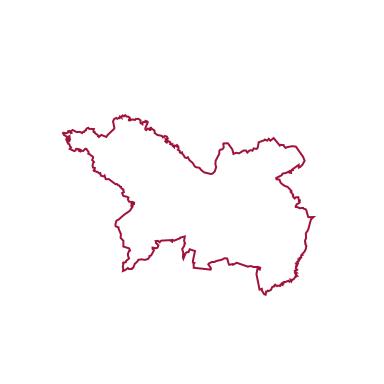 outline of Ixcatepec, Veracruz, Mexico, rotated 314°
{"feature_id": "50627088B76588814495844", "entity_name": "Ixcatepec", "entity_type": "district", "adm_level": 2, "iso_a3": "MEX", "parent_name": "Mexico", "parent_adm1": "Veracruz", "projection": "natural_earth1", "projection_center": [-98.025, 21.249], "detail": "fine", "context": "isolated", "style": "outline", "palette": "rose", "viewbox_px": 384, "rotation_deg": 314, "n_neighbors": 0, "source": "geoboundaries", "source_scale": "gbopen_adm2", "svg_char_len": 6047}
<svg xmlns="http://www.w3.org/2000/svg" viewBox="0 0 384 384"><g transform="rotate(314 192 192)"><path d="M257.7,282.9L255.1,280.7L254.3,278.1L253.3,277.1L253.5,276.6L255.7,275.9L259.1,276.8L260.7,275.5L259.9,275.1L262.1,272.1L260.3,270.4L258.7,270.4L258.7,268.3L259.4,267.8L259.3,267.1L260.4,266.4L260.6,262.9L261.8,262.9L262.1,257.3L260.8,254.5L260.3,251.5L260.3,249.1L261.7,246.3L260.1,244.4L260.0,243.6L260.6,243.6L260.8,242.9L266.4,244.9L267.7,244.4L268.8,244.7L270.6,246.2L274.1,247.5L273.5,248.4L274.5,250.0L275.9,248.2L277.6,249.3L277.8,248.5L285.6,249.9L283.8,251.9L285.1,252.4L288.4,252.5L292.7,251.3L294.5,247.4L296.8,235.2L294.6,232.3L290.4,229.3L288.7,228.7L288.8,226.8L289.4,225.4L287.3,222.8L286.4,222.9L287.5,213.3L283.3,212.7L283.6,210.3L281.2,210.4L280.3,208.0L279.6,208.1L274.1,205.4L270.0,208.2L268.5,208.7L267.7,208.4L266.2,206.1L263.7,206.8L263.0,205.3L261.8,204.6L258.8,204.4L259.4,202.1L257.7,200.3L252.5,199.0L250.8,196.4L248.2,195.4L250.6,191.5L252.0,184.0L248.9,181.0L248.2,181.2L246.3,183.7L245.2,184.1L243.7,184.1L241.9,182.9L240.6,183.1L238.4,185.1L230.9,187.3L228.3,189.4L226.7,192.1L222.5,194.1L219.6,194.0L218.0,193.0L214.5,187.0L214.2,183.1L214.6,180.6L212.9,178.1L212.3,176.4L213.4,172.3L213.1,168.1L214.1,164.8L212.4,164.2L211.9,162.7L212.8,160.0L212.6,158.7L213.6,157.3L212.2,156.6L212.0,155.7L213.1,154.5L212.6,152.6L213.4,152.6L215.1,150.8L215.4,148.6L214.6,148.5L214.2,149.5L213.4,147.2L212.8,147.0L211.8,147.9L211.8,145.9L212.9,144.6L211.6,143.8L211.3,143.0L212.5,142.3L212.6,141.0L212.0,139.3L211.4,138.9L211.1,139.7L210.0,139.6L209.8,138.8L209.9,137.6L211.0,137.5L211.8,136.2L212.3,137.5L213.6,137.5L214.4,135.5L213.4,133.5L211.1,133.1L211.4,131.3L209.0,127.5L208.5,124.2L209.9,122.7L210.1,121.5L209.5,119.4L209.8,117.9L209.3,117.5L207.7,118.9L207.2,118.4L207.4,117.0L206.8,116.1L204.7,116.1L204.5,115.2L205.4,114.1L211.5,111.7L211.7,110.9L210.8,109.2L209.9,110.0L208.4,108.2L207.6,108.3L206.3,109.3L205.9,106.8L207.8,105.3L207.4,102.6L205.5,100.8L204.1,100.9L203.1,99.0L199.9,97.3L199.7,96.8L200.2,96.3L201.9,96.3L202.2,95.4L201.8,93.6L200.8,92.6L200.9,90.6L199.1,90.4L198.9,89.0L197.1,88.8L196.4,89.7L196.2,87.8L194.7,88.5L194.4,87.8L192.7,87.4L192.6,86.0L190.4,85.3L188.0,86.1L184.2,91.6L183.4,92.1L174.6,91.7L172.1,92.1L170.0,87.0L166.9,86.8L166.8,85.7L167.5,84.8L167.0,81.5L167.5,80.4L166.8,79.7L167.5,78.6L169.1,77.7L165.9,74.0L166.1,72.8L165.1,72.3L163.4,72.3L162.6,72.9L161.4,72.2L160.4,72.7L158.9,71.7L158.1,72.0L157.3,69.5L154.9,67.3L153.7,63.1L151.6,62.5L150.9,64.3L150.2,63.9L150.6,63.4L150.6,61.2L149.5,60.7L148.9,61.6L146.8,60.7L145.4,58.4L144.7,58.3L144.1,60.1L145.0,64.3L147.1,65.0L146.0,66.4L144.9,66.8L145.2,68.5L144.4,67.5L143.2,68.5L142.8,68.2L144.0,65.9L143.2,64.7L142.5,65.0L140.7,69.2L141.1,70.6L140.1,72.6L140.0,74.0L138.1,74.1L139.6,78.8L140.8,79.4L142.5,78.7L143.2,79.3L143.2,80.2L144.0,80.6L143.1,82.3L143.6,83.4L144.8,82.5L145.1,84.4L146.0,85.2L149.0,85.2L149.6,86.0L148.9,89.9L147.5,90.8L148.2,92.6L148.0,93.4L148.6,96.0L148.1,97.0L145.6,98.0L145.5,100.7L144.1,100.8L142.1,101.9L140.8,103.8L141.8,105.4L140.9,106.1L139.2,106.3L139.1,107.2L139.9,108.0L140.2,109.5L140.8,109.9L140.9,112.4L141.9,112.8L140.5,115.2L141.9,117.7L143.1,117.7L141.3,121.0L143.5,123.3L144.5,131.6L145.6,132.5L145.5,134.2L146.1,135.1L145.8,136.7L146.4,137.4L145.6,138.5L146.1,141.0L145.4,141.5L144.6,143.1L142.7,142.5L141.6,144.8L141.6,145.8L143.3,148.3L143.9,150.2L142.1,151.0L141.3,153.3L142.8,155.4L142.3,156.9L143.7,156.5L144.1,157.8L143.1,158.6L141.3,157.1L141.0,158.4L140.2,157.8L139.8,158.0L139.9,159.5L135.1,160.3L128.1,158.9L121.4,158.4L118.9,157.6L115.6,159.3L114.3,160.9L115.5,163.8L114.6,164.6L112.4,170.0L109.4,172.5L109.2,176.6L105.1,180.5L107.8,186.0L106.8,188.1L105.9,187.7L103.1,188.8L101.7,190.2L100.5,192.9L96.5,192.5L95.7,193.1L94.6,192.7L93.7,191.6L93.0,191.7L92.4,192.8L90.5,193.8L88.7,196.2L87.2,197.2L89.5,198.2L92.8,198.7L92.8,200.2L94.8,202.2L95.5,201.9L96.7,202.4L100.6,200.7L103.7,201.0L106.0,200.5L108.6,202.6L110.6,205.4L113.4,206.9L115.9,206.5L116.3,205.9L118.1,206.7L123.6,205.1L124.1,203.9L123.7,203.2L124.6,202.3L126.5,205.2L127.9,205.8L128.7,205.6L130.4,204.8L130.3,201.4L131.2,201.0L131.5,200.0L133.1,201.3L133.4,203.7L134.7,203.4L135.8,203.8L142.7,210.2L142.2,210.6L142.5,212.3L144.0,211.4L144.7,213.0L150.4,215.5L150.9,215.2L155.0,217.7L151.4,220.2L150.1,222.8L149.3,222.7L148.0,223.8L144.1,224.6L142.2,228.0L138.9,230.6L138.1,232.1L143.5,229.9L145.0,230.0L146.3,231.3L149.2,230.1L151.6,235.2L143.4,240.3L141.9,241.6L142.6,243.0L141.2,243.3L138.7,245.9L149.1,259.3L150.3,258.6L151.3,253.9L152.7,253.9L155.4,254.9L157.2,256.7L159.3,257.4L163.6,260.3L166.9,261.4L168.6,263.5L165.8,268.3L165.5,269.4L168.3,271.2L168.1,272.0L172.1,273.3L177.2,284.2L178.4,284.7L180.1,286.5L180.7,288.3L183.9,291.5L184.4,292.5L184.9,293.7L183.3,294.6L182.3,292.4L177.7,295.4L168.7,308.4L170.8,309.5L169.7,310.6L168.6,315.0L169.3,316.3L171.8,314.5L172.8,315.2L173.6,315.0L174.1,316.0L176.4,316.8L179.4,315.7L181.2,316.7L181.6,316.2L183.1,316.2L183.3,318.4L183.7,318.3L185.2,319.9L185.4,320.6L186.2,320.7L186.4,320.1L188.2,320.2L188.2,321.4L188.7,321.0L189.5,321.5L190.0,321.0L189.7,320.3L191.2,320.7L192.1,321.7L195.1,323.0L195.1,324.4L196.2,324.7L196.6,325.4L197.9,325.3L197.7,324.7L197.1,325.1L197.5,323.8L198.6,325.2L200.1,325.7L202.7,325.3L203.4,325.6L203.4,325.0L204.5,324.9L204.7,324.3L204.9,324.8L205.2,323.2L205.9,323.4L205.9,322.5L206.4,322.9L206.2,321.8L206.8,320.7L207.8,321.3L208.7,320.8L208.7,321.6L209.1,321.7L209.3,319.0L209.5,319.8L210.1,318.9L211.4,318.3L211.7,318.8L212.7,317.9L211.5,317.1L212.6,317.6L213.0,318.2L213.3,318.1L213.2,316.8L214.3,317.7L215.0,316.2L216.2,316.8L216.7,316.2L216.7,316.6L218.4,316.3L218.4,315.6L220.2,316.0L220.0,315.4L220.9,315.6L222.6,314.5L223.3,315.1L223.5,314.5L226.9,314.4L229.8,313.6L232.8,311.6L233.2,309.8L234.1,309.3L234.1,308.7L235.5,307.1L238.2,306.0L241.3,302.6L245.5,301.8L254.9,296.6L258.4,296.8L255.0,293.5L254.8,292.8L258.3,286.9L258.5,285.7L257.6,284.1L257.7,282.9Z" fill="none" stroke="#9f1239" stroke-width="2"/></g></svg>